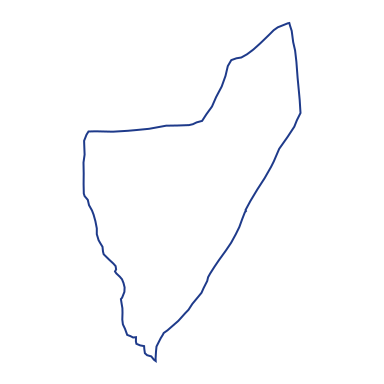 the district of Bolloh, Grand Kru, Liberia
{"feature_id": "62588387B86571798658395", "entity_name": "Bolloh", "entity_type": "district", "adm_level": 2, "iso_a3": "LBR", "parent_name": "Liberia", "parent_adm1": "Grand Kru", "projection": "robinson", "projection_center": [-8.406, 4.96], "detail": "fine", "context": "isolated", "style": "outline", "palette": "blue", "viewbox_px": 384, "rotation_deg": 0, "n_neighbors": 0, "source": "geoboundaries", "source_scale": "gbopen_adm2", "svg_char_len": 1703}
<svg xmlns="http://www.w3.org/2000/svg" viewBox="0 0 384 384"><path d="M233.3,59.4L231.3,60.1L227.8,66.1L225.5,75.9L221.7,86.5L216.1,97.1L212.0,106.5L206.3,114.4L202.1,120.9L196.6,122.4L192.9,124.2L189.0,125.1L177.8,125.5L166.1,125.7L149.1,128.8L135.7,130.1L127.8,130.8L112.7,131.7L95.7,131.3L88.5,131.5L86.5,134.7L84.1,140.8L84.3,146.5L84.6,154.6L83.5,162.5L83.7,173.6L83.6,184.0L83.8,193.6L84.6,196.1L87.8,199.9L89.0,205.1L92.0,210.5L93.6,214.7L95.4,221.2L96.8,228.4L96.8,234.2L98.6,240.2L100.3,243.2L102.5,246.8L103.0,251.6L103.7,254.3L109.2,259.7L113.4,263.6L115.6,266.1L116.1,269.4L115.0,271.5L116.3,273.4L119.9,276.8L122.0,279.3L123.5,283.0L124.6,287.4L124.4,291.9L122.1,297.7L120.9,299.1L121.7,304.1L122.4,308.2L122.5,312.8L122.3,319.6L122.9,324.4L125.0,328.8L127.2,334.9L130.4,336.1L133.1,337.5L136.0,337.2L135.9,341.4L136.4,343.8L140.2,345.4L144.1,346.1L144.3,349.0L144.9,353.2L147.1,355.2L151.3,356.4L153.9,359.7L155.7,361.0L155.6,358.4L156.0,351.5L156.5,346.5L160.7,338.2L162.8,334.8L163.7,333.0L167.4,330.4L170.6,327.6L178.3,320.9L185.3,313.1L188.5,309.8L190.9,306.1L192.4,303.8L197.3,297.9L201.5,292.8L203.6,288.1L207.2,281.0L208.1,277.2L210.1,273.6L214.5,266.7L218.9,260.2L225.9,250.5L231.1,242.8L235.8,234.2L238.7,228.3L239.3,227.1L242.2,219.1L244.9,212.2L246.0,211.0L245.5,210.1L250.4,201.0L257.3,189.5L264.6,178.2L271.1,166.8L273.8,161.4L279.2,148.8L287.8,136.6L289.5,134.0L294.3,126.7L296.9,120.2L300.5,113.0L299.7,100.1L298.9,91.4L297.6,77.8L296.4,61.9L295.1,50.5L293.2,42.2L291.7,30.9L290.0,25.6L289.3,23.0L287.8,23.3L280.1,26.4L277.8,27.3L273.7,30.2L268.8,35.1L260.3,43.3L253.4,49.5L247.0,54.3L241.3,57.5L236.4,58.3L233.3,59.4Z" fill="none" stroke="#1e3a8a" stroke-width="2"/></svg>